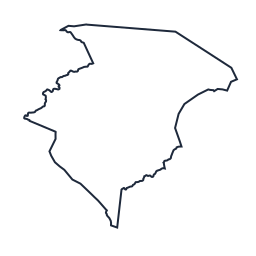 Errard, Praslin, Saint Lucia (Natural Earth projection), rotated 95°
{"feature_id": "8701671B19150990882958", "entity_name": "Errard", "entity_type": "district", "adm_level": 2, "iso_a3": "LCA", "parent_name": "Saint Lucia", "parent_adm1": "Praslin", "projection": "natural_earth1", "projection_center": [-60.937, 13.893], "detail": "fine", "context": "isolated", "style": "outline", "palette": "slate", "viewbox_px": 256, "rotation_deg": 95, "n_neighbors": 0, "source": "geoboundaries", "source_scale": "gbopen_adm2", "svg_char_len": 5451}
<svg xmlns="http://www.w3.org/2000/svg" viewBox="0 0 256 256"><g transform="rotate(95 128 128)"><path d="M129.5,226.6L138.0,199.9L138.2,199.7L140.1,199.7L145.2,199.2L158.1,204.2L162.3,202.1L168.5,197.8L172.2,192.7L175.2,187.8L184.2,178.9L187.6,170.5L197.4,158.3L199.8,155.4L202.8,151.6L204.5,149.8L211.5,142.5L211.9,141.9L213.4,142.5L213.8,142.6L214.4,142.6L215.3,142.0L215.7,141.6L216.6,141.5L217.5,140.8L219.3,138.8L222.0,137.1L223.9,136.6L226.1,136.5L226.5,136.4L228.1,130.1L189.9,129.1L189.3,128.6L189.0,128.0L188.3,127.3L188.1,126.8L188.3,126.4L189.1,125.8L189.4,125.4L189.5,124.9L189.3,124.5L188.5,124.2L187.9,124.0L187.6,123.3L186.2,120.7L186.0,119.7L185.8,119.0L185.6,118.7L185.0,118.4L184.3,118.1L184.2,118.0L183.8,117.3L183.5,116.8L182.9,116.4L182.2,116.1L181.4,115.7L181.2,115.4L181.2,115.2L181.1,114.2L181.0,113.5L180.7,112.8L180.2,112.0L179.8,111.6L179.6,110.7L179.6,110.1L179.4,109.3L179.2,108.9L178.8,108.5L178.2,108.2L177.2,108.3L176.8,108.1L175.6,107.6L174.7,107.6L174.6,107.4L174.4,106.9L174.2,106.7L174.1,106.4L173.6,106.0L173.4,105.6L173.4,105.4L174.0,104.0L174.0,103.7L173.5,102.5L173.5,101.8L173.5,101.7L174.6,100.3L174.5,99.7L174.6,99.4L174.3,98.9L174.2,98.7L173.8,98.5L172.9,98.4L172.1,98.2L171.8,97.8L171.6,97.5L171.2,97.0L170.8,96.8L169.9,96.5L168.6,96.0L168.4,95.6L168.0,95.3L166.9,92.6L166.6,92.0L166.3,91.7L165.8,91.3L165.4,90.6L165.1,90.0L165.0,89.4L165.0,88.4L165.1,87.8L163.3,88.4L161.4,88.9L160.5,89.1L160.0,89.2L159.6,89.3L159.4,89.6L158.9,89.3L158.2,88.9L157.8,88.9L157.5,88.5L157.3,88.1L157.1,86.9L156.9,86.3L156.8,86.1L156.6,85.8L156.0,85.2L155.8,85.0L155.7,84.8L155.5,84.0L155.4,83.7L155.0,83.3L154.7,83.0L154.2,82.7L152.8,82.6L152.1,82.5L150.9,82.1L149.4,81.7L147.2,81.0L146.5,80.8L146.2,80.7L145.8,80.3L145.2,79.7L145.0,79.3L144.6,78.7L144.4,78.3L144.3,78.2L144.0,78.1L143.3,77.9L143.1,77.9L142.7,77.3L142.6,77.0L142.4,76.5L142.1,75.5L141.8,73.1L136.4,75.4L123.9,81.1L109.5,78.8L99.2,73.9L88.6,61.2L82.6,51.4L82.9,49.6L82.9,46.2L83.8,45.4L81.3,42.1L81.3,37.2L82.1,32.5L73.0,29.4L70.0,23.7L59.0,30.3L27.9,89.1L28.6,178.0L28.5,178.6L31.4,190.6L31.4,196.2L36.2,203.6L36.4,203.7L36.4,202.6L36.3,201.7L36.3,201.2L36.2,200.4L36.0,199.6L36.0,199.3L36.0,198.9L36.0,198.7L36.4,198.2L36.6,198.0L36.9,197.8L37.2,197.6L37.4,197.3L37.6,197.0L37.7,196.6L37.8,196.4L37.9,196.1L37.8,195.7L37.5,194.7L37.5,194.0L37.5,193.8L37.6,193.6L37.8,193.4L38.0,193.2L38.7,192.6L40.0,191.5L40.6,191.0L42.2,189.8L43.1,188.9L43.4,188.6L43.7,188.2L44.0,187.5L44.2,187.1L44.3,186.6L44.4,186.4L44.6,185.2L44.6,184.5L44.6,184.0L44.8,183.5L44.9,183.1L45.1,182.8L45.5,182.5L46.0,182.2L46.3,181.9L46.6,181.3L46.6,181.1L46.6,180.9L47.0,179.5L66.6,168.3L67.0,169.0L67.1,169.4L67.3,170.0L67.3,170.5L67.3,171.7L67.4,171.9L67.6,172.1L68.3,172.7L69.0,173.0L70.2,173.5L70.4,173.7L70.5,174.1L70.6,175.3L70.7,175.8L70.9,176.7L71.0,177.1L71.4,177.8L72.2,179.3L73.5,182.1L73.7,182.3L73.8,182.5L74.2,182.7L74.4,182.7L75.1,182.8L75.4,182.9L75.7,183.0L76.0,183.3L76.2,183.6L76.3,183.8L76.3,184.6L76.3,185.0L76.7,186.2L76.7,186.8L76.7,187.1L76.5,187.9L76.2,188.6L76.1,188.9L75.9,189.3L75.8,189.9L75.9,190.1L75.9,190.3L76.0,190.5L76.5,190.7L77.0,191.2L77.6,191.6L78.2,192.2L78.4,192.3L78.6,192.4L78.9,192.4L79.0,192.3L79.4,192.2L79.8,192.2L79.9,192.3L80.1,192.5L80.3,192.8L80.5,193.1L80.7,193.9L81.4,195.1L81.5,195.5L81.8,196.6L82.1,197.1L82.3,197.3L82.8,197.9L83.1,198.4L83.1,198.6L83.1,199.4L83.3,199.7L83.4,199.9L83.6,200.2L84.0,200.7L84.2,201.0L84.4,201.4L84.7,201.7L84.9,201.9L85.3,202.1L85.9,202.2L86.3,202.3L86.7,202.3L86.9,202.4L88.5,203.1L88.8,203.1L89.2,203.1L89.4,203.0L89.6,202.8L89.7,202.2L90.0,201.7L90.4,201.2L90.6,201.0L90.7,200.5L91.1,200.2L91.4,200.0L91.5,200.0L91.8,200.1L92.1,200.5L92.3,200.6L92.5,200.8L92.8,200.8L93.0,200.7L93.5,200.1L93.8,199.8L93.9,199.7L94.7,199.7L94.9,199.7L95.0,199.9L95.3,200.1L95.5,200.4L95.6,200.6L95.7,200.8L95.7,201.1L95.5,202.1L95.4,203.2L95.3,203.8L95.3,204.6L95.5,205.4L95.6,205.6L96.1,205.9L96.4,205.9L96.7,206.0L97.2,206.1L97.5,206.1L97.9,206.3L98.2,206.5L98.5,206.8L98.7,207.1L98.7,207.3L98.8,207.4L98.8,207.5L98.6,207.9L98.0,208.6L97.3,209.6L97.1,210.0L96.9,210.6L96.7,211.2L96.6,211.5L96.8,212.1L97.3,212.4L97.7,212.6L98.3,213.2L98.7,213.7L99.4,214.9L99.5,215.1L99.9,215.4L100.4,215.6L100.7,215.7L100.8,215.7L101.0,215.7L101.5,215.7L101.8,215.5L102.1,215.2L102.2,214.7L102.6,213.7L102.9,213.1L103.0,212.9L103.5,212.7L104.0,212.6L104.4,212.5L105.4,212.5L105.8,212.5L106.4,212.7L106.7,212.7L106.9,212.5L107.2,212.1L107.6,212.0L107.9,212.0L108.2,212.0L108.8,212.0L109.1,212.2L109.5,212.5L110.0,212.7L110.2,212.8L110.6,212.9L111.1,213.0L111.4,213.0L111.9,212.9L112.5,212.8L113.0,213.0L113.3,213.0L113.6,213.2L113.7,213.6L114.0,214.5L114.3,214.9L115.2,215.7L115.5,216.1L115.8,216.4L116.1,216.9L116.5,217.7L117.1,218.7L117.4,219.2L117.8,219.6L118.1,220.1L118.5,220.9L118.5,221.0L119.0,221.5L120.0,222.0L120.5,222.8L120.6,223.0L120.8,223.8L120.9,224.5L121.2,226.1L121.3,228.0L121.5,228.4L121.8,228.7L122.1,228.8L122.4,228.9L122.5,228.9L123.1,228.9L123.4,228.9L124.1,228.9L124.5,228.9L124.6,229.0L124.7,229.3L124.8,229.8L124.6,230.1L124.4,230.4L124.3,230.7L124.3,231.1L124.4,231.4L124.5,231.5L124.9,231.7L125.4,232.0L125.7,232.1L126.5,232.3L126.8,232.3L127.1,232.3L127.2,232.2L127.4,232.1L127.6,231.8L127.7,230.7L127.8,229.8L127.8,229.7L127.9,229.4L128.0,228.9L128.3,228.5L128.4,228.2L128.5,228.1L128.5,227.7L128.6,227.2L128.8,226.8L129.2,226.6L129.5,226.6Z" fill="none" stroke="#1e293b" stroke-width="2"/></g></svg>